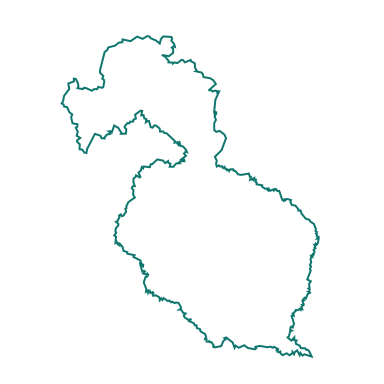 outline of Ciamis, Jawa Barat, Indonesia, rotated 188°
{"feature_id": "22746128B17121530580660", "entity_name": "Ciamis", "entity_type": "district", "adm_level": 2, "iso_a3": "IDN", "parent_name": "Indonesia", "parent_adm1": "Jawa Barat", "projection": "robinson", "projection_center": [108.425, -7.311], "detail": "fine", "context": "isolated", "style": "outline", "palette": "teal", "viewbox_px": 384, "rotation_deg": 188, "n_neighbors": 0, "source": "geoboundaries", "source_scale": "gbopen_adm2", "svg_char_len": 5900}
<svg xmlns="http://www.w3.org/2000/svg" viewBox="0 0 384 384"><g transform="rotate(188 192 192)"><path d="M164.3,55.3L159.2,53.1L158.0,50.7L158.6,48.3L157.3,48.7L156.9,46.1L155.0,45.9L154.1,46.8L153.1,45.7L151.6,45.9L148.9,42.6L149.4,41.7L147.7,41.3L141.6,43.5L140.2,48.9L137.5,51.6L139.2,52.0L137.9,52.7L130.7,48.6L128.2,43.6L127.5,45.9L124.0,44.3L118.9,47.5L114.9,45.3L107.8,45.0L106.8,46.0L107.7,47.4L103.5,49.0L95.4,48.8L92.8,49.8L90.4,49.0L89.2,50.1L85.4,48.7L86.0,47.5L84.9,47.7L85.3,45.8L83.6,45.4L82.4,46.3L81.8,44.4L79.6,43.0L75.8,45.4L72.6,43.9L70.2,46.2L70.2,47.6L68.4,45.5L68.0,47.6L65.9,49.8L62.7,45.4L62.2,47.7L59.9,45.4L58.1,46.9L50.6,45.7L53.8,50.6L55.9,52.0L57.1,51.7L58.2,53.0L62.5,52.5L64.0,54.9L68.0,56.1L68.5,58.2L67.8,59.5L70.2,59.6L70.5,62.2L72.8,58.7L77.1,61.2L75.9,62.7L75.4,67.9L73.8,68.6L75.6,69.4L75.6,71.7L75.0,72.6L73.4,71.9L72.7,76.0L76.1,83.0L74.8,83.7L75.1,84.5L74.1,84.0L74.8,86.3L72.9,88.4L72.9,89.5L70.3,89.8L69.1,91.4L68.0,90.5L68.0,91.5L66.5,91.3L67.6,93.6L66.1,95.3L67.0,95.8L65.8,96.3L67.5,99.7L65.9,100.4L66.9,101.4L65.6,103.0L64.4,102.3L63.2,107.1L61.2,108.6L63.0,109.5L62.0,109.9L61.9,111.9L63.3,112.6L62.3,113.5L63.3,117.3L61.9,120.1L65.7,121.4L63.5,130.8L64.6,132.0L63.7,134.8L65.0,135.9L64.2,139.2L65.4,142.2L64.7,144.2L65.4,145.5L64.4,146.2L63.6,145.2L63.6,147.2L62.9,147.0L62.4,150.2L63.5,151.4L61.9,153.6L62.9,154.1L62.5,155.7L63.4,156.7L62.1,156.8L62.2,158.0L61.1,157.3L60.2,159.0L60.1,164.1L61.7,163.3L60.9,165.3L62.4,165.9L62.4,167.6L63.5,168.1L62.8,169.8L64.2,170.5L64.2,172.7L66.9,177.4L70.6,179.1L71.9,180.8L75.8,181.5L80.7,186.1L81.9,188.8L84.1,188.4L84.2,189.7L87.8,193.0L91.3,193.0L93.2,195.7L92.8,197.8L96.4,198.3L97.8,198.1L98.4,196.7L99.5,197.5L100.0,196.0L101.5,196.8L105.8,205.2L107.6,204.8L109.1,206.5L110.9,205.0L111.0,206.3L114.6,204.2L115.9,205.2L116.3,203.9L117.4,204.4L116.9,206.1L120.2,205.4L123.3,207.0L123.4,208.4L129.1,208.6L129.4,210.5L130.7,211.0L130.3,213.0L132.2,213.4L132.3,214.6L133.3,213.9L133.1,212.4L134.8,213.0L136.1,212.1L135.8,215.3L137.0,215.4L138.2,218.2L145.6,215.8L148.9,215.9L151.6,218.6L153.9,219.0L154.2,220.2L157.3,219.8L158.2,217.9L159.0,219.0L160.4,218.4L160.9,219.7L162.3,219.6L163.2,221.4L164.6,220.0L165.9,221.7L167.6,221.1L169.1,222.1L171.0,220.7L172.1,223.4L171.8,226.4L174.2,230.1L168.5,237.6L165.8,250.0L167.8,253.3L173.2,256.4L176.3,254.9L178.6,256.5L179.6,263.3L178.3,266.7L180.2,270.1L178.9,272.9L179.1,274.3L179.9,274.6L180.6,272.8L181.2,274.2L181.7,286.5L179.2,295.1L180.7,294.4L180.4,295.4L183.3,295.6L185.7,294.4L187.9,295.9L189.8,294.7L183.4,302.3L186.6,305.7L189.9,307.2L196.6,307.4L197.7,310.3L199.2,311.6L205.2,312.1L204.2,312.9L206.3,315.5L207.1,319.8L211.2,321.4L211.7,322.5L217.1,319.4L219.3,321.4L220.7,321.4L224.5,317.6L227.6,317.8L228.8,316.5L229.2,317.4L233.4,317.1L233.3,318.5L237.5,322.3L240.9,323.5L233.7,323.3L230.0,327.2L230.6,331.0L232.1,332.2L230.5,333.7L229.1,333.3L230.1,335.8L233.5,339.1L233.0,340.9L234.0,342.7L242.2,342.0L244.1,339.1L244.6,334.5L249.0,337.1L254.6,338.6L255.7,340.0L257.9,340.2L262.2,336.8L268.0,338.2L273.9,332.8L282.0,333.4L281.8,330.6L285.3,329.7L288.4,326.3L295.0,323.5L295.7,320.8L298.0,318.5L300.0,300.0L299.7,297.3L296.0,294.6L296.6,291.7L294.9,290.9L294.2,288.9L294.5,283.4L295.5,282.7L299.5,283.0L300.2,280.7L303.4,280.2L305.2,278.3L311.5,280.2L313.6,280.1L314.4,278.7L319.8,278.9L319.2,281.0L320.1,283.8L322.7,287.7L324.8,287.8L324.3,285.1L329.6,282.2L327.9,276.9L332.1,269.3L332.3,263.9L333.4,261.5L331.4,260.9L330.5,258.8L327.6,258.7L324.6,254.0L321.4,252.1L322.1,249.2L319.9,243.4L314.9,243.2L314.6,240.7L316.0,239.5L313.5,235.6L314.0,231.7L310.2,230.0L312.9,227.2L312.9,225.8L309.8,223.7L309.3,218.7L306.5,218.7L304.1,216.1L302.0,215.9L301.8,220.2L296.2,236.1L290.4,234.9L289.2,232.7L286.0,232.9L286.3,233.8L284.0,237.3L281.4,237.9L281.7,239.7L282.9,240.4L281.3,240.9L279.8,239.5L278.3,247.0L274.0,245.3L270.0,240.6L270.4,239.8L265.6,240.6L265.8,245.1L267.6,246.4L267.7,247.7L265.5,251.3L263.6,251.3L263.2,253.0L260.0,253.6L260.0,255.4L257.8,257.0L259.1,260.6L254.4,265.3L252.6,265.3L252.9,260.8L250.7,261.4L249.5,258.3L247.3,257.8L247.4,254.6L245.6,256.3L244.4,256.2L241.9,250.5L240.0,250.2L238.6,252.7L236.8,252.8L232.9,250.4L232.0,247.4L229.1,248.0L228.0,246.7L225.1,246.5L216.1,240.1L216.2,238.4L214.4,239.1L213.3,238.1L213.5,239.1L212.2,239.5L211.4,237.4L211.0,238.8L209.7,236.1L207.2,235.8L203.7,232.9L202.6,230.9L203.9,231.3L205.3,228.9L203.0,227.0L206.9,223.0L204.3,223.0L203.8,221.4L207.9,220.9L208.8,219.7L207.9,218.8L211.6,218.1L213.9,214.4L217.6,213.9L217.3,217.0L219.3,217.5L220.0,219.3L222.5,216.9L225.1,219.1L230.9,219.4L235.4,213.9L236.8,213.7L237.2,210.7L243.5,210.5L243.7,208.7L245.2,209.6L245.6,206.1L247.7,203.8L245.2,199.9L245.8,199.1L249.7,200.8L250.0,199.0L251.8,197.2L251.4,193.7L249.5,189.9L251.5,189.5L252.2,187.4L250.2,185.7L250.0,181.3L247.9,178.6L253.6,173.1L255.0,168.8L254.7,166.7L255.6,166.1L254.5,163.3L256.7,159.0L258.2,158.3L259.4,159.9L261.0,158.6L260.3,156.9L262.0,152.5L263.1,151.9L260.6,150.4L260.3,148.9L262.4,145.3L262.3,142.2L261.4,141.2L262.9,138.1L261.0,137.2L260.7,131.1L259.7,132.2L258.9,130.5L256.7,129.2L257.2,131.0L256.5,130.9L253.1,127.9L251.6,124.2L247.7,123.5L247.5,121.9L240.1,121.4L240.9,119.5L233.5,117.0L232.6,114.9L234.2,114.7L230.2,113.2L230.1,111.5L232.8,112.2L230.2,106.4L228.4,107.3L227.5,106.7L229.0,104.5L226.2,103.9L225.0,105.1L223.9,104.0L224.6,102.0L226.2,101.2L227.2,95.8L223.8,89.7L223.7,86.8L221.9,88.3L221.3,85.9L220.0,88.2L218.8,86.2L216.9,87.4L216.1,86.8L216.7,85.3L216.0,83.8L213.6,84.7L209.7,83.2L208.8,80.4L207.7,82.4L206.3,80.9L205.3,83.0L200.8,80.6L199.4,81.4L197.4,79.8L196.0,80.6L193.8,79.5L192.5,80.4L189.9,80.3L187.1,76.7L186.8,75.1L188.0,73.9L186.7,74.2L183.8,71.0L181.4,70.8L183.0,68.5L181.8,66.8L177.8,64.9L175.0,66.1L176.9,63.7L171.8,62.3L170.8,60.4L168.9,60.6L168.4,58.0L164.9,57.3L164.3,55.3Z" fill="none" stroke="#0f766e" stroke-width="2"/></g></svg>